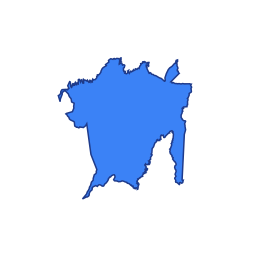 outline of Chapada dos Guimarães, Mato Grosso, Brazil, rotated 125°
{"feature_id": "56859067B35702518946002", "entity_name": "Chapada dos Guimarães", "entity_type": "district", "adm_level": 2, "iso_a3": "BRA", "parent_name": "Brazil", "parent_adm1": "Mato Grosso", "projection": "albers", "projection_center": [-55.544, -15.094], "detail": "fine", "context": "isolated", "style": "filled", "palette": "blue", "viewbox_px": 256, "rotation_deg": 125, "n_neighbors": 0, "source": "geoboundaries", "source_scale": "gbopen_adm2", "svg_char_len": 5788}
<svg xmlns="http://www.w3.org/2000/svg" viewBox="0 0 256 256"><g transform="rotate(125 128 128)"><path d="M43.8,126.5L44.9,127.3L45.5,127.2L46.9,126.6L47.6,125.9L48.4,126.9L52.2,127.3L54.8,128.3L57.0,128.5L61.4,127.8L65.7,126.5L67.8,124.7L68.5,124.7L68.8,125.0L68.3,129.0L68.9,131.2L69.2,135.3L69.9,136.7L69.7,138.0L70.4,139.5L69.9,140.7L70.0,141.7L70.8,141.7L71.1,142.0L68.5,146.5L67.6,147.1L67.6,147.8L66.5,148.9L65.9,149.2L65.5,148.5L65.9,146.8L65.3,146.6L64.3,147.7L62.3,148.4L62.5,148.8L63.4,149.0L63.2,149.4L64.0,149.7L64.3,150.4L64.0,151.1L64.1,152.4L65.0,152.4L64.8,153.3L65.4,153.9L66.6,153.3L68.0,154.5L68.7,153.7L70.7,153.8L72.9,153.0L73.1,154.0L74.9,154.3L75.0,155.6L75.5,155.9L76.3,155.5L77.7,156.2L77.3,156.9L79.0,156.9L80.0,157.4L79.8,158.3L80.3,158.5L82.5,158.2L82.2,159.2L81.1,160.4L80.5,160.6L81.1,160.9L83.1,159.9L84.4,160.3L84.7,160.9L84.6,161.4L84.9,162.0L84.1,162.1L84.0,162.7L83.3,162.7L84.1,163.7L83.5,164.1L83.5,164.7L81.5,166.1L80.7,165.7L78.6,166.5L78.4,167.0L78.7,167.9L79.6,168.6L78.4,170.4L78.5,170.9L80.7,171.8L79.8,172.4L79.4,172.2L78.0,173.4L77.3,173.5L78.2,172.5L77.2,171.9L77.0,172.7L76.0,172.9L74.6,173.9L75.0,174.3L75.9,174.1L76.6,174.9L76.5,175.4L77.4,177.1L79.1,178.1L78.9,179.0L79.4,179.5L80.4,179.7L81.1,181.8L82.7,182.5L83.9,182.7L85.0,181.5L88.9,182.8L89.3,181.5L92.8,183.0L94.3,183.2L97.1,182.7L97.6,182.3L99.7,182.2L100.8,182.3L102.0,183.5L102.6,182.7L103.6,183.3L104.3,182.6L105.3,182.4L107.3,182.7L108.0,183.8L108.5,183.9L108.2,184.9L109.5,184.6L110.8,183.6L111.2,183.8L110.7,184.7L110.7,186.3L112.4,185.3L112.5,185.8L111.8,186.5L112.9,186.5L112.1,188.7L113.1,188.6L113.3,190.4L113.8,191.1L113.7,192.1L116.7,190.1L117.0,190.4L117.1,191.0L114.9,193.5L115.5,193.8L117.6,193.3L116.0,195.6L116.5,196.3L116.9,196.4L120.5,194.0L120.6,194.5L120.3,195.7L120.8,195.7L122.0,194.9L122.3,195.2L120.9,197.3L121.9,197.2L123.7,196.4L124.4,197.1L123.5,197.5L123.1,198.2L123.3,198.6L124.0,198.6L126.7,197.5L127.2,197.6L126.7,198.8L124.1,201.0L124.2,201.5L123.4,201.9L123.5,202.4L128.0,201.6L129.4,199.2L130.3,199.6L131.0,199.3L131.7,199.7L131.7,200.7L134.3,203.9L134.8,204.1L136.8,203.9L137.9,203.2L138.9,203.0L140.3,203.1L141.4,203.7L145.4,198.7L143.1,200.0L138.2,201.2L137.4,201.8L136.1,202.1L134.4,201.5L133.5,200.9L134.3,196.5L135.9,194.1L136.7,191.4L139.0,189.1L138.6,186.3L141.5,184.9L142.7,183.8L146.5,182.9L151.4,186.8L152.1,187.0L152.2,185.6L152.9,184.3L153.1,182.7L154.2,181.2L154.4,179.7L153.8,176.4L153.9,175.4L156.9,172.8L156.9,170.6L156.4,169.9L156.1,168.4L155.3,167.9L154.8,168.1L153.2,164.8L150.4,164.0L148.2,164.2L170.9,143.2L179.9,129.7L182.0,129.0L182.7,128.3L184.0,128.2L185.6,128.8L189.2,127.6L190.8,126.6L193.3,126.9L196.6,125.7L198.7,125.6L199.4,125.1L201.7,124.7L203.6,124.7L205.9,124.1L212.2,124.6L208.5,122.6L207.7,121.7L206.2,121.2L205.0,121.4L204.2,122.1L201.8,122.6L199.5,122.0L198.3,122.4L197.8,123.0L196.1,122.8L193.7,121.4L193.4,119.6L191.9,119.5L191.0,119.1L190.4,117.9L190.4,115.9L189.9,115.0L189.4,114.7L187.1,114.9L185.6,114.4L183.5,114.3L181.5,114.5L181.1,114.9L178.5,114.8L178.2,114.2L176.5,114.1L174.7,113.1L174.2,112.3L174.7,111.4L175.6,110.5L178.6,110.1L179.0,108.8L177.7,106.5L177.4,104.9L176.1,103.3L174.7,102.5L174.0,100.8L174.0,100.2L173.2,97.6L173.6,97.2L173.5,96.6L172.9,95.1L173.3,92.8L172.9,92.6L172.9,92.0L173.4,91.3L172.8,90.4L173.4,90.2L173.9,89.3L173.5,88.5L173.9,88.2L173.4,87.0L172.4,87.2L172.1,86.6L172.2,85.6L172.9,85.2L172.4,84.9L170.6,85.8L170.2,86.3L169.2,86.3L168.2,87.8L168.3,88.5L167.8,88.2L167.5,87.3L167.1,88.0L167.4,88.6L167.3,89.5L166.6,89.6L166.5,90.2L164.8,90.2L164.4,90.6L164.1,90.2L163.8,90.6L162.5,89.8L162.0,89.9L161.7,89.4L160.6,89.3L159.2,88.3L158.8,89.0L157.2,89.0L156.1,89.6L155.8,89.2L156.1,88.8L155.7,88.3L155.3,88.4L154.3,87.7L154.1,89.1L153.3,88.9L152.7,89.6L152.8,88.4L152.2,88.3L151.9,88.8L151.5,88.3L150.3,88.5L150.2,89.3L150.5,89.8L151.1,89.9L150.5,90.5L149.6,90.7L149.2,91.2L149.0,92.5L148.3,93.1L147.3,93.0L147.7,92.4L147.4,91.8L146.2,90.3L145.9,90.8L145.4,90.8L145.4,89.7L144.8,89.7L143.3,90.3L144.0,90.9L143.3,91.2L143.2,92.2L142.1,91.6L141.4,91.9L140.8,91.5L139.1,92.7L136.2,92.8L136.1,94.1L134.9,94.1L131.0,96.4L128.7,96.3L125.0,97.4L123.9,97.0L122.1,97.0L121.8,97.5L121.3,97.5L120.5,97.1L121.0,96.1L120.0,94.8L119.2,95.6L118.3,94.6L116.5,96.4L115.6,96.4L115.2,96.8L114.7,96.7L114.3,95.4L113.7,95.0L115.2,93.3L114.8,92.6L113.8,92.4L112.9,92.6L108.9,91.8L108.2,91.1L107.9,91.6L106.6,91.6L105.1,90.5L105.1,89.5L105.3,89.1L105.7,89.5L106.3,89.3L106.4,88.1L106.9,87.3L110.8,85.0L111.5,85.1L112.3,84.3L113.1,84.5L113.7,84.2L113.9,83.7L114.2,84.0L115.6,83.4L116.0,83.6L116.3,82.9L117.3,82.3L120.4,81.5L121.4,81.7L121.6,80.9L123.3,80.2L123.9,79.6L124.1,78.8L124.7,78.7L125.3,76.2L126.3,75.5L126.5,73.9L127.8,73.7L128.9,70.4L128.7,69.9L129.6,68.3L130.5,67.5L132.1,67.8L133.5,67.2L134.7,65.7L134.7,65.1L135.9,63.7L138.9,62.9L140.1,61.0L142.2,61.0L142.6,60.7L143.5,58.8L144.6,58.3L145.0,57.7L144.5,56.4L144.9,53.6L144.3,53.5L143.4,54.3L143.0,54.3L142.6,54.0L142.4,52.3L141.3,51.9L139.3,52.7L139.7,52.9L139.5,53.9L100.9,78.2L96.4,79.8L93.8,82.4L93.0,82.9L92.2,84.0L89.4,84.7L89.3,85.2L90.0,86.5L89.9,88.5L89.5,88.7L88.9,90.5L86.9,91.9L84.7,92.3L83.4,93.0L83.0,92.7L82.5,93.1L82.3,93.7L81.5,94.0L80.9,94.9L80.4,94.9L80.0,93.2L79.8,94.1L79.0,94.6L76.7,91.9L75.4,92.7L74.8,92.5L72.1,94.5L70.7,94.9L69.7,95.7L69.7,96.3L68.5,96.2L66.1,96.7L64.6,97.7L62.3,96.8L61.7,97.0L59.3,99.2L58.5,99.1L57.9,99.5L57.2,101.1L55.8,101.3L56.4,102.3L56.3,102.7L59.6,107.3L60.2,108.7L61.5,109.8L62.3,111.6L63.4,112.8L63.5,113.3L64.6,115.0L64.9,117.2L65.8,117.7L65.3,118.7L65.6,119.4L53.8,117.4L53.7,118.4L53.1,119.3L52.7,119.4L52.9,120.3L52.6,120.7L51.6,121.2L50.8,121.2L49.8,122.0L49.0,123.5L47.4,124.6L46.7,125.6L45.0,125.6L43.8,126.5Z" fill="#3b82f6" stroke="#1e3a8a" stroke-width="1.5"/></g></svg>